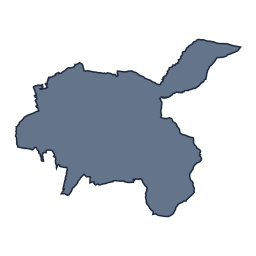 Sangeru, Prahova, Romania
{"feature_id": "2599482B30255763937111", "entity_name": "Sangeru", "entity_type": "district", "adm_level": 2, "iso_a3": "ROU", "parent_name": "Romania", "parent_adm1": "Prahova", "projection": "robinson", "projection_center": [26.355, 45.139], "detail": "fine", "context": "isolated", "style": "filled", "palette": "slate", "viewbox_px": 256, "rotation_deg": 0, "n_neighbors": 0, "source": "geoboundaries", "source_scale": "gbopen_adm2", "svg_char_len": 5674}
<svg xmlns="http://www.w3.org/2000/svg" viewBox="0 0 256 256"><path d="M186.5,199.9L192.6,194.2L194.2,192.4L194.3,191.9L193.9,191.2L194.3,188.2L193.1,185.9L192.9,184.4L193.1,182.8L192.1,181.3L190.6,180.1L189.7,177.0L189.7,173.6L191.3,171.8L191.9,170.4L193.0,169.3L193.0,168.1L194.1,165.7L196.8,163.1L199.8,161.6L201.3,159.9L201.5,159.2L201.3,157.8L199.4,155.3L200.3,154.7L199.6,153.3L200.5,151.7L200.5,151.2L199.7,149.8L196.9,148.0L196.0,146.2L194.1,144.4L193.5,142.4L193.6,140.7L193.3,137.9L189.0,136.8L186.3,135.5L182.5,134.5L180.8,133.6L179.8,132.5L179.7,130.5L179.2,129.0L176.9,126.0L176.6,125.4L176.8,125.2L175.9,123.6L172.9,121.5L171.6,118.6L169.4,117.8L166.6,118.6L162.5,118.2L160.6,117.1L161.6,115.2L160.9,112.5L160.8,109.9L161.4,108.5L161.8,102.9L161.7,101.6L160.7,100.6L160.6,99.3L159.7,98.7L161.5,97.0L161.6,97.4L162.7,97.2L163.1,98.0L163.5,97.4L164.0,97.4L164.3,98.1L164.9,97.7L165.1,97.3L165.8,97.3L166.1,97.9L167.5,97.0L168.4,97.3L169.2,96.6L170.1,96.4L170.5,95.5L171.5,95.4L172.4,94.5L172.5,93.8L175.1,93.0L176.6,92.1L178.4,92.2L178.8,92.6L179.2,92.3L180.9,92.8L181.6,92.4L182.1,92.6L182.9,91.9L183.8,92.0L184.1,91.1L185.3,90.5L188.2,90.6L188.8,89.9L191.6,89.3L193.4,88.4L195.0,88.6L195.7,87.8L196.7,87.6L197.2,87.0L199.0,85.8L201.2,82.9L202.0,82.8L202.3,82.1L203.4,81.8L204.5,79.7L206.0,79.0L205.7,78.1L206.2,77.5L206.9,73.1L207.5,71.3L207.4,70.5L208.6,69.1L209.0,67.7L210.0,66.1L211.7,64.8L214.4,61.7L216.8,58.0L217.3,57.6L222.2,57.3L226.0,56.3L228.0,54.6L230.0,54.1L237.6,50.9L240.6,47.1L232.9,45.6L226.9,43.7L219.9,43.6L216.3,43.0L214.4,42.1L210.6,41.3L207.0,41.0L203.6,39.8L201.6,39.7L201.1,40.0L199.6,39.5L197.3,39.6L195.8,41.3L193.7,41.9L193.4,42.6L192.7,43.1L192.4,43.9L188.8,46.1L188.2,47.0L186.4,48.2L186.3,49.2L185.2,51.4L183.1,51.8L182.6,52.2L182.3,52.9L182.4,54.0L182.1,55.3L180.7,56.5L180.8,57.5L180.4,59.0L178.7,59.6L178.9,59.9L178.5,60.5L178.7,61.7L177.8,62.4L177.8,63.4L176.2,63.6L175.2,64.6L175.0,65.3L172.9,65.0L172.6,65.3L172.9,65.7L172.2,67.0L169.4,67.8L169.1,68.3L169.1,69.6L167.3,71.4L167.6,73.1L166.6,73.8L166.5,74.6L165.6,76.0L164.4,76.2L164.0,76.9L163.1,77.4L163.6,78.2L163.5,79.0L162.4,79.1L162.2,79.5L163.1,80.3L163.0,81.1L161.1,82.5L160.6,83.8L160.6,84.4L159.2,84.7L156.2,83.8L155.3,82.8L152.6,81.9L150.2,80.2L145.1,78.4L143.7,77.0L139.6,75.3L135.7,72.4L134.1,72.2L132.4,71.1L127.9,71.1L127.3,71.7L126.4,71.6L124.4,72.0L122.9,71.6L117.4,71.1L117.3,72.8L117.9,75.8L116.8,76.4L115.7,75.6L115.5,74.7L115.0,74.4L114.4,74.6L113.6,74.4L112.7,74.9L111.5,73.8L109.4,73.2L107.2,72.9L105.9,73.6L104.4,73.1L103.3,73.4L100.1,72.7L97.5,72.7L96.9,72.3L95.7,72.1L94.2,72.1L88.5,70.8L84.1,71.0L83.8,70.6L83.5,68.1L82.4,64.4L79.6,62.7L77.5,64.0L76.2,64.4L75.0,64.4L75.0,65.5L74.6,65.8L74.4,66.6L73.8,66.9L71.0,68.0L68.9,67.6L67.3,68.3L66.4,69.0L65.2,70.5L63.5,71.3L61.2,73.2L58.7,73.6L58.4,73.4L58.8,72.7L58.4,72.5L55.3,74.2L55.1,74.6L55.6,75.0L54.5,76.0L53.1,76.2L51.9,77.2L50.9,77.0L50.2,77.3L48.7,77.3L48.5,77.9L49.0,78.4L47.9,79.2L48.4,79.8L47.5,80.9L47.1,84.1L46.8,84.1L46.7,83.5L46.1,84.1L45.8,84.1L45.6,83.6L45.3,83.9L46.1,84.9L46.3,85.8L47.7,87.1L47.6,87.6L46.8,87.7L45.9,88.3L45.3,88.1L44.6,88.7L42.3,88.8L41.8,89.4L40.3,89.2L40.1,88.9L41.0,88.9L42.2,88.2L42.8,87.6L42.9,86.8L41.7,86.1L42.5,85.6L42.6,84.7L42.2,84.5L41.3,85.4L38.0,85.1L36.6,85.8L35.3,85.7L33.5,86.9L33.4,87.5L34.7,90.3L36.4,95.7L34.9,95.4L34.5,95.5L34.6,95.9L35.4,97.5L36.6,97.7L36.8,98.7L36.8,99.1L35.8,99.8L35.3,100.8L36.3,102.5L37.4,105.2L36.1,106.1L36.6,106.5L36.6,107.1L37.1,106.9L37.6,107.2L38.7,111.0L36.6,111.5L33.3,113.2L27.5,115.3L24.2,117.3L23.2,119.0L19.3,122.6L19.1,124.1L17.9,125.3L17.4,126.3L16.2,126.8L16.4,127.2L16.2,129.6L16.4,130.6L15.9,131.4L16.3,132.2L16.2,133.9L15.4,136.0L16.2,136.8L16.5,137.7L16.6,141.0L17.0,142.0L16.6,143.1L16.9,144.5L17.7,145.5L17.7,146.9L24.9,148.5L26.0,148.3L30.4,149.0L32.2,149.9L33.7,148.8L34.7,147.4L35.5,147.3L36.1,147.8L37.2,149.7L38.5,150.8L38.9,151.7L38.7,152.8L40.4,154.6L40.4,156.1L40.9,156.7L41.4,158.6L41.2,159.9L41.7,160.8L43.4,161.2L43.6,161.0L43.2,159.0L42.7,158.7L42.9,156.7L42.4,156.2L42.3,155.6L43.1,152.9L44.4,152.5L46.2,152.7L46.0,151.1L47.6,149.8L48.6,150.1L51.3,150.2L52.6,151.2L53.4,152.8L54.4,153.9L54.3,155.7L53.7,156.3L54.2,156.5L54.2,156.9L55.5,157.1L55.3,157.4L55.9,159.0L55.4,160.0L55.6,161.9L55.4,162.5L56.5,165.5L56.3,167.0L56.5,168.2L58.0,164.6L58.3,164.5L59.6,164.9L59.8,165.4L59.5,166.0L60.5,166.6L64.4,167.4L66.8,167.4L67.3,169.5L66.7,171.2L66.4,173.8L66.6,174.3L65.7,176.5L65.3,178.5L65.8,179.4L65.0,180.0L63.0,189.1L64.2,189.1L61.3,193.8L64.9,193.7L67.4,195.4L69.3,194.5L69.5,193.9L71.4,191.3L72.5,188.1L74.2,186.9L76.7,184.1L77.6,182.6L78.2,181.0L80.0,179.0L80.6,177.7L83.9,174.4L86.4,176.7L90.2,176.8L89.9,182.9L92.2,182.0L93.8,181.9L94.2,182.5L93.8,183.1L94.4,183.6L94.7,184.3L95.6,185.0L97.7,183.9L98.7,184.8L100.2,184.9L102.0,184.2L106.1,183.4L107.8,182.7L113.1,181.6L113.1,180.8L115.4,180.6L120.7,181.2L123.7,180.8L124.3,181.7L128.1,182.5L133.2,182.3L133.3,180.8L134.2,180.6L133.6,180.1L134.5,180.0L133.5,179.7L133.7,179.3L134.7,179.4L135.3,178.9L136.0,179.2L136.9,178.9L138.9,179.5L139.5,178.7L140.6,178.7L140.7,179.1L141.9,179.7L142.5,181.7L143.7,183.7L145.2,185.9L146.5,186.8L146.8,187.5L146.8,188.1L147.2,188.9L146.7,189.7L146.7,191.2L146.0,192.1L145.5,193.8L146.1,195.0L145.6,197.0L145.6,198.1L146.3,200.3L146.2,202.0L146.8,202.7L146.5,203.5L149.2,206.6L149.5,208.1L150.6,209.1L151.2,210.0L153.2,211.4L153.3,212.3L152.8,214.4L155.6,213.8L158.1,215.3L164.9,216.4L168.6,216.5L171.9,214.7L173.3,213.5L175.7,209.0L175.7,207.9L176.1,207.1L177.5,205.7L177.8,204.6L179.9,203.2L182.1,202.5L183.8,201.0L186.0,201.1L186.5,199.9Z" fill="#64748b" stroke="#1e293b" stroke-width="1.5"/></svg>